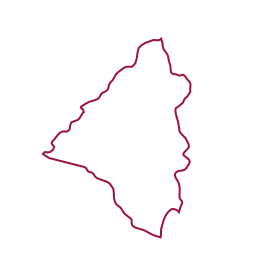 the border of Bihor, rotated 17°
{"feature_id": "ROU-277", "entity_name": "Bihor", "entity_type": "County", "adm_level": 1, "iso_a3": "ROU", "parent_name": "Romania", "parent_adm1": "", "projection": "orthographic", "projection_center": [22.195, 46.981], "detail": "fine", "context": "isolated", "style": "outline", "palette": "rose", "viewbox_px": 256, "rotation_deg": 17, "n_neighbors": 0, "source": "natural_earth", "source_scale": "10m", "svg_char_len": 2497}
<svg xmlns="http://www.w3.org/2000/svg" viewBox="0 0 256 256"><g transform="rotate(17 128 128)"><path d="M54.2,177.7L54.5,177.1L55.6,175.3L58.5,174.8L60.7,173.6L62.6,170.8L63.0,167.7L60.2,165.7L59.9,165.4L59.6,165.0L59.4,164.6L59.5,163.7L59.7,162.8L60.1,161.9L60.6,161.2L62.9,155.0L64.3,152.5L66.5,150.4L70.4,149.4L71.5,148.4L72.4,146.5L72.4,144.8L72.0,143.1L72.0,141.2L72.1,139.4L72.3,139.0L72.7,138.8L77.6,134.9L78.5,133.7L80.6,126.1L81.0,125.9L80.9,125.8L80.0,123.9L79.3,123.3L78.2,123.1L77.3,122.7L77.1,121.9L76.9,121.3L81.1,116.4L83.5,114.2L88.7,110.7L90.9,108.6L91.6,107.3L92.1,104.5L92.6,103.1L93.6,101.6L96.0,99.4L96.8,98.2L97.5,96.3L97.5,94.8L97.2,93.4L97.3,91.6L97.7,89.9L98.9,87.6L99.5,86.2L100.7,80.7L101.4,78.8L105.5,72.9L107.4,70.8L109.3,69.6L114.0,68.2L116.1,63.9L116.0,58.8L115.1,53.4L114.8,48.5L116.8,44.8L119.9,41.4L126.4,36.5L131.6,35.2L132.1,34.7L133.0,34.1L133.5,32.9L134.0,33.5L136.2,36.9L137.5,40.0L138.3,41.4L139.6,42.7L143.9,45.9L145.5,48.0L147.1,51.2L150.1,55.8L151.0,57.7L152.2,60.9L152.9,62.1L153.8,62.8L155.6,63.2L156.6,63.0L157.5,62.7L158.5,62.6L159.4,62.7L160.9,63.0L162.0,62.8L164.5,61.3L165.5,61.0L166.6,61.4L168.1,62.3L169.8,63.8L173.0,65.6L174.2,66.7L175.2,68.5L176.0,72.4L177.0,75.1L175.9,79.4L175.3,80.7L174.1,82.7L173.6,83.9L173.4,85.2L173.3,86.6L173.1,87.8L172.4,88.9L169.8,92.9L168.9,94.0L168.0,94.9L168.1,97.0L169.4,100.2L174.0,107.4L177.1,113.4L177.5,114.7L178.2,115.9L179.4,117.2L186.0,121.0L190.2,125.1L191.9,128.1L191.2,130.3L188.9,134.8L188.5,136.3L188.7,137.3L189.6,138.0L195.0,140.1L196.4,141.2L197.0,142.8L196.5,145.7L196.0,147.5L195.5,149.2L194.9,150.5L194.2,151.5L193.3,152.3L189.4,154.0L188.2,154.9L187.3,156.0L186.7,157.1L186.5,158.4L186.8,159.8L188.1,161.6L192.3,165.4L193.7,167.7L195.2,170.9L197.1,178.1L198.0,180.0L199.0,180.9L200.2,181.7L201.3,182.7L201.8,183.9L201.3,187.8L201.3,193.6L199.7,192.6L198.6,192.3L197.2,192.1L196.0,192.1L194.5,192.3L193.3,193.1L192.0,194.7L190.6,197.5L189.5,201.5L189.0,205.1L189.2,214.6L191.2,222.9L186.7,223.2L181.7,222.8L173.5,221.1L163.8,221.0L162.1,220.6L160.5,219.7L159.3,217.9L158.8,216.4L158.5,215.0L157.6,214.0L149.6,210.9L144.5,206.6L142.8,205.8L140.1,204.9L138.0,203.5L136.4,201.5L135.1,198.9L132.8,192.7L131.9,190.9L131.1,189.8L128.7,188.1L127.6,187.0L125.6,186.1L122.8,185.5L113.4,185.1L110.7,184.1L109.3,182.6L107.6,181.7L106.3,181.3L104.2,181.3L102.8,181.2L101.4,180.4L100.5,179.5L99.9,178.6L97.1,178.1L61.5,179.8L56.6,178.5L54.2,177.7Z" fill="none" stroke="#9f1239" stroke-width="2"/></g></svg>